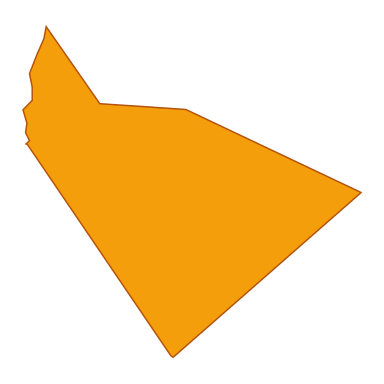 outline of Belvedere, Soufrière, Saint Lucia
{"feature_id": "8701671B91352204106029", "entity_name": "Belvedere", "entity_type": "district", "adm_level": 2, "iso_a3": "LCA", "parent_name": "Saint Lucia", "parent_adm1": "Soufrière", "projection": "mercator", "projection_center": [-61.019, 13.835], "detail": "fine", "context": "isolated", "style": "filled", "palette": "amber", "viewbox_px": 384, "rotation_deg": 0, "n_neighbors": 0, "source": "geoboundaries", "source_scale": "gbopen_adm2", "svg_char_len": 366}
<svg xmlns="http://www.w3.org/2000/svg" viewBox="0 0 384 384"><path d="M361.0,192.5L360.2,192.1L185.8,109.5L99.8,103.7L46.2,26.7L43.9,38.8L37.4,53.5L29.5,73.6L32.2,87.0L32.2,100.4L23.0,109.8L26.9,123.2L25.6,132.6L29.5,140.7L26.0,143.9L27.4,144.5L170.9,355.8L173.1,357.3L360.1,193.4L360.8,192.9L361.0,192.5Z" fill="#f59e0b" stroke="#b45309" stroke-width="1.5"/></svg>